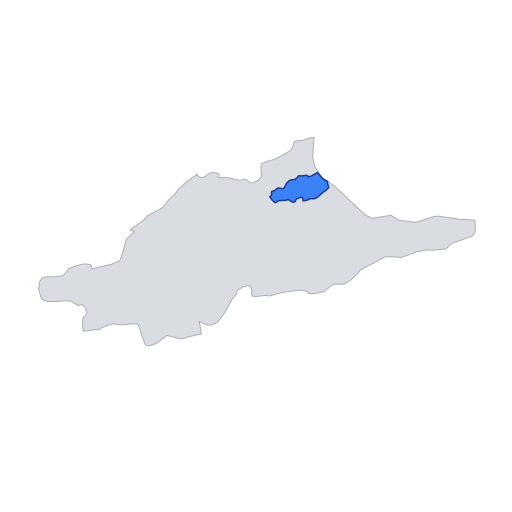 location of Guria within Georgia, rotated 147°
{"feature_id": "GEO-3028", "entity_name": "Guria", "entity_type": "Region", "adm_level": 1, "iso_a3": "GEO", "parent_name": "Georgia", "parent_adm1": "", "projection": "orthographic", "projection_center": [42.215, 41.976], "detail": "fine", "context": "in_parent", "style": "filled", "palette": "blue", "viewbox_px": 512, "rotation_deg": 147, "n_neighbors": 0, "source": "natural_earth", "source_scale": "10m", "svg_char_len": 2983}
<svg xmlns="http://www.w3.org/2000/svg" viewBox="0 0 512 512"><g transform="rotate(147 256 256)"><path d="M261.0,357.0L261.1,355.5L260.6,353.1L258.7,351.4L256.0,350.3L251.1,350.8L246.5,349.7L243.3,346.7L242.5,344.4L244.4,342.5L243.0,340.9L237.3,337.3L228.0,328.0L222.8,326.0L220.7,320.2L218.6,318.9L214.2,318.4L209.6,319.0L208.6,319.7L207.2,320.6L203.6,327.9L201.1,330.4L194.8,329.2L189.6,327.5L185.4,326.6L177.3,326.0L168.0,325.8L161.7,331.0L159.0,330.3L154.3,327.7L146.6,325.6L142.6,323.9L154.4,308.6L157.9,299.5L158.0,294.0L158.2,287.0L152.3,272.5L147.2,252.0L142.0,230.6L137.9,224.2L120.6,216.6L116.7,208.1L103.4,197.1L84.9,192.1L81.2,190.0L65.4,176.0L53.0,166.9L55.8,161.7L59.6,156.2L63.5,155.0L74.8,157.4L85.2,160.2L92.9,158.5L101.9,163.1L110.1,168.3L118.5,171.9L134.8,175.5L140.8,180.2L147.9,184.9L175.8,187.4L178.1,186.7L180.1,186.0L189.5,184.3L197.8,184.6L206.6,190.3L212.2,189.9L218.2,189.0L225.9,192.0L232.0,195.3L232.5,198.7L237.9,203.6L253.5,211.0L266.1,215.0L270.0,218.0L279.7,222.8L280.7,224.3L280.5,226.3L277.9,230.1L277.2,233.4L278.6,235.3L282.6,237.0L290.5,237.3L293.3,234.9L299.1,233.0L304.9,229.9L312.6,225.6L323.1,221.7L327.3,221.6L331.4,222.6L334.3,224.5L339.3,232.0L343.7,221.2L344.9,220.4L349.3,222.4L357.1,225.1L362.5,226.5L365.4,228.6L373.9,237.9L387.1,236.9L392.7,238.2L395.7,239.7L397.2,241.5L395.2,251.2L392.3,261.3L392.7,263.8L398.2,267.3L405.6,271.0L409.6,274.0L412.4,276.8L418.2,278.7L425.0,279.8L428.2,279.8L431.6,282.1L440.6,286.2L441.7,287.2L440.4,290.2L437.2,295.7L434.5,298.5L431.5,299.1L428.5,300.5L427.6,303.4L427.6,307.1L428.2,309.7L429.1,310.6L432.2,311.3L435.7,318.9L440.7,322.6L448.5,326.6L455.5,331.3L459.0,335.8L458.6,339.2L456.7,346.3L451.3,352.4L446.7,354.1L445.0,353.6L441.9,352.0L435.5,347.8L428.6,344.6L423.5,345.9L420.2,347.4L413.4,346.1L405.3,343.4L401.1,340.5L399.2,338.4L400.2,334.4L382.0,327.9L373.3,326.2L369.5,328.5L356.6,339.8L355.1,340.9L345.0,342.7L345.0,343.6L347.4,345.9L347.0,346.6L330.0,347.3L324.4,348.9L309.3,347.5L304.4,348.4L300.1,350.2L289.8,352.3L282.8,354.7L273.7,356.1L264.3,356.3L261.0,357.0Z" fill="#d9dde1" stroke="#a8b0b8" stroke-width="1"/><path d="M201.9,301.1L200.4,300.9L199.6,300.5L197.3,298.1L195.9,297.8L194.2,298.3L191.0,300.4L187.7,300.9L186.6,301.1L184.8,300.6L183.7,300.0L181.7,299.0L178.8,299.3L177.3,299.9L177.2,299.9L176.4,300.0L174.6,298.6L173.8,298.2L172.6,297.5L169.6,296.2L169.3,294.5L168.4,293.9L166.8,293.0L158.9,292.5L158.9,292.2L158.2,287.0L158.1,285.2L157.8,284.0L155.4,279.7L156.4,278.0L156.7,277.6L157.0,276.0L157.8,273.7L161.6,273.0L165.5,272.9L173.0,271.7L176.4,272.5L179.4,274.6L183.3,275.1L186.5,276.7L185.1,278.9L186.6,281.0L189.6,281.5L190.7,281.9L191.7,281.5L193.6,280.3L195.7,280.9L196.9,282.8L197.7,285.2L199.5,286.2L201.6,286.9L203.2,288.0L204.9,288.9L206.0,289.6L207.3,290.2L209.2,290.0L211.0,290.5L212.0,294.0L212.1,298.2L210.6,298.2L209.2,299.2L208.7,300.6L207.7,301.5L206.3,301.2L204.9,300.7L201.9,301.1Z" fill="#3b82f6" stroke="#1e3a8a" stroke-width="1.5"/></g></svg>